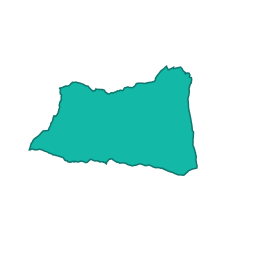 Popesti, Vâlcea, Romania, rotated 311°
{"feature_id": "2599482B78854434160228", "entity_name": "Popesti", "entity_type": "district", "adm_level": 2, "iso_a3": "ROU", "parent_name": "Romania", "parent_adm1": "Vâlcea", "projection": "orthographic", "projection_center": [24.101, 44.98], "detail": "fine", "context": "isolated", "style": "filled", "palette": "teal", "viewbox_px": 256, "rotation_deg": 311, "n_neighbors": 0, "source": "geoboundaries", "source_scale": "gbopen_adm2", "svg_char_len": 5768}
<svg xmlns="http://www.w3.org/2000/svg" viewBox="0 0 256 256"><g transform="rotate(311 128 128)"><path d="M143.0,206.2L144.5,205.2L144.9,204.8L145.3,204.1L146.4,202.5L146.7,202.4L146.9,202.1L147.2,201.9L147.6,201.2L148.6,200.0L150.8,198.6L151.7,197.7L151.9,197.5L152.3,196.4L153.1,195.6L153.5,195.4L153.6,195.1L153.6,194.7L154.7,193.4L156.7,190.2L157.3,188.7L157.6,188.2L158.3,187.7L159.1,187.0L160.3,186.2L162.0,184.4L163.5,183.6L165.8,181.7L166.9,181.0L167.9,180.1L168.1,179.6L168.2,178.6L168.4,178.0L170.2,176.3L172.7,173.5L173.8,172.0L176.3,169.1L179.5,164.9L181.2,162.5L181.4,162.5L182.1,161.4L183.2,160.2L186.6,157.0L188.8,154.6L189.3,154.2L189.8,153.6L190.4,153.5L193.0,152.2L196.0,150.1L197.4,148.5L197.9,148.1L199.0,147.8L199.9,146.9L200.2,146.7L200.9,146.8L201.6,146.3L202.4,146.1L202.9,146.2L203.1,145.9L203.3,145.9L203.7,146.1L203.8,146.0L203.8,145.8L203.9,145.6L204.8,145.3L205.1,144.9L205.6,144.8L206.3,144.3L207.1,143.4L207.6,142.8L206.7,141.4L206.7,140.8L208.6,140.0L209.3,138.4L209.3,137.8L208.6,137.3L208.7,137.1L208.5,136.8L207.3,136.0L206.6,136.0L206.7,135.2L206.8,135.0L207.5,135.3L207.3,133.4L207.4,131.6L208.2,130.1L208.4,127.7L206.6,126.4L202.8,123.5L203.1,122.6L203.3,122.6L203.5,122.5L201.0,121.6L199.4,120.7L199.0,120.6L198.5,120.3L198.3,120.3L198.3,120.1L198.9,118.6L199.1,117.9L199.6,117.0L199.9,116.6L198.2,116.2L196.6,116.2L194.7,115.8L194.0,115.6L192.6,115.4L191.8,115.6L191.1,115.4L189.1,115.7L188.4,115.6L186.8,115.6L184.9,116.0L183.7,116.1L182.4,117.0L181.7,117.3L181.2,117.3L180.2,117.1L178.9,116.3L177.3,115.2L176.9,114.6L174.7,112.9L174.3,112.6L174.0,112.7L173.2,112.0L172.7,111.5L171.9,110.3L170.8,109.1L170.2,108.1L169.6,107.7L168.9,106.7L167.4,105.4L166.9,105.2L166.5,105.2L165.3,105.6L164.1,105.6L163.1,105.3L162.2,105.3L161.7,105.1L161.3,104.8L159.7,102.7L159.4,102.3L158.9,101.0L158.4,100.6L157.1,99.9L156.1,99.1L154.5,99.3L153.9,99.5L153.0,99.4L152.7,99.5L152.1,98.7L152.0,98.1L151.5,97.3L150.2,96.9L149.8,96.7L149.3,95.9L148.9,95.6L147.3,95.2L146.3,94.4L144.7,93.9L144.5,93.7L144.4,93.2L144.2,92.9L143.2,92.0L142.0,91.8L141.5,91.5L140.9,90.8L140.4,90.4L140.6,89.7L140.5,88.5L140.1,87.4L140.9,85.9L140.9,85.0L140.2,83.9L140.4,83.7L136.2,78.4L136.3,78.2L134.2,78.5L133.8,77.8L132.9,77.7L132.9,76.6L132.6,75.9L132.9,74.9L132.8,74.2L132.9,73.0L132.9,72.1L133.3,71.0L133.3,70.3L132.8,69.7L132.5,68.9L131.8,67.6L131.8,67.1L131.8,66.3L131.6,65.3L130.9,64.2L130.8,63.8L130.7,63.2L130.5,62.5L129.6,61.0L128.4,58.6L127.9,58.1L126.6,57.0L126.0,56.0L125.0,56.1L124.0,55.8L121.8,55.9L121.2,55.7L119.6,54.6L119.2,53.9L118.8,53.3L117.1,52.8L116.9,52.4L116.1,52.2L115.0,51.7L113.4,50.4L112.9,49.8L113.1,50.8L112.9,51.4L112.0,52.4L110.3,53.3L109.9,54.3L109.2,54.8L109.5,55.5L109.4,55.8L109.3,56.0L108.6,56.7L107.9,56.9L107.1,57.8L105.6,58.8L105.2,59.3L105.2,59.5L104.7,59.7L104.4,59.4L104.1,59.3L103.5,59.5L103.2,59.7L102.3,59.8L101.6,60.4L101.2,60.7L100.0,61.1L99.9,61.3L99.9,61.7L99.0,62.6L97.9,63.2L96.1,64.0L95.3,64.5L94.7,64.7L93.3,65.5L92.8,65.4L92.2,65.7L91.5,65.7L90.8,65.8L89.9,65.8L89.9,65.6L89.0,65.6L88.9,65.3L88.8,64.4L88.5,64.1L85.5,65.4L85.5,65.8L85.3,65.9L81.8,66.9L81.3,66.7L81.0,66.7L79.6,67.7L79.0,68.0L78.0,68.1L77.0,68.4L76.4,68.4L75.7,68.8L75.2,68.9L75.2,69.1L73.9,69.5L71.2,67.0L70.2,65.9L68.9,65.9L68.2,65.7L64.8,65.8L64.0,65.6L62.4,65.5L62.1,65.3L61.4,65.1L60.4,65.0L60.0,64.7L57.2,64.4L56.2,64.5L55.4,64.9L55.1,65.1L54.2,65.0L52.8,65.1L48.9,67.0L47.5,67.5L46.7,67.8L47.2,68.5L48.3,68.8L49.3,69.5L49.8,70.3L50.0,71.5L50.4,71.9L51.4,73.2L52.5,74.2L53.5,74.7L54.3,75.6L54.7,76.8L55.1,77.6L55.5,78.6L55.7,79.9L56.9,82.5L57.2,83.9L57.2,84.8L57.9,86.1L58.4,87.3L58.5,89.1L59.5,90.2L59.9,91.4L61.5,94.5L61.6,95.2L62.2,96.2L62.6,97.4L63.1,98.3L63.1,99.0L62.5,100.6L62.3,101.6L62.6,102.6L63.1,103.2L63.2,103.5L63.4,103.6L63.2,103.9L63.0,104.8L63.1,105.1L63.4,105.3L63.6,105.7L64.0,106.3L64.1,106.7L64.4,107.0L64.8,107.2L65.2,107.6L65.8,107.7L66.1,108.0L66.3,108.2L67.2,108.7L67.3,109.0L67.0,109.2L67.3,109.5L67.2,109.7L67.3,109.9L67.6,110.1L67.7,109.9L67.9,109.9L68.6,110.6L69.0,111.5L69.2,112.1L69.6,112.6L70.1,113.0L71.9,114.0L73.2,115.9L73.6,116.8L73.9,118.3L74.6,119.2L75.2,119.7L76.4,119.8L77.8,119.9L78.1,120.1L79.3,119.9L79.6,120.4L80.1,120.7L80.3,121.1L80.5,122.2L81.3,124.3L81.7,124.7L81.7,124.9L82.3,125.5L83.3,126.6L83.5,126.9L83.6,127.2L83.5,127.5L83.6,128.0L83.8,128.1L83.7,128.4L84.3,129.4L84.4,129.6L84.9,129.9L85.6,130.7L86.0,131.4L86.2,131.6L86.3,131.8L86.1,132.1L86.7,133.2L87.0,133.5L86.9,134.1L86.7,134.2L86.7,135.1L87.3,134.9L88.4,134.3L89.6,134.4L90.2,134.3L92.0,134.3L92.3,134.4L92.6,134.7L93.0,135.3L93.4,135.2L93.7,135.4L94.3,136.5L94.3,136.8L94.1,137.7L94.4,138.4L94.3,139.2L94.7,140.5L94.7,141.4L94.9,142.2L95.5,142.6L95.7,143.0L95.9,143.5L95.9,144.3L96.1,144.9L98.0,146.6L99.3,148.4L99.7,149.0L100.0,150.0L100.1,151.4L100.5,152.4L102.4,156.3L104.0,157.3L105.3,158.5L108.8,160.4L109.7,162.3L110.5,164.5L110.6,165.2L111.1,165.7L111.8,166.8L113.5,167.7L113.8,168.0L114.1,168.4L114.2,169.5L114.6,170.2L114.9,170.9L114.9,171.9L115.3,172.8L115.5,173.6L115.8,174.3L116.7,175.5L117.7,176.5L118.2,177.0L118.5,177.6L118.9,178.7L119.3,179.5L120.3,180.3L120.3,180.6L120.3,180.9L120.6,181.4L120.3,181.7L120.7,182.1L120.7,182.8L120.9,183.1L121.0,183.4L121.1,183.6L121.0,183.8L121.2,184.0L121.2,184.3L121.7,185.9L121.7,186.4L122.3,187.6L122.5,188.3L123.6,190.6L124.0,191.2L124.1,192.4L124.2,193.0L124.9,194.4L125.1,195.5L125.6,196.6L126.8,198.0L127.5,199.1L128.1,199.6L128.5,200.6L129.2,201.1L129.3,201.2L130.1,201.2L131.0,201.5L131.3,201.5L131.4,201.4L132.2,201.4L132.8,201.7L133.5,201.6L134.0,201.9L134.7,201.7L135.4,201.7L136.0,202.0L136.5,202.3L138.0,202.8L138.6,203.3L139.7,203.7L140.1,204.0L140.8,204.8L141.9,205.4L142.5,205.9L143.0,206.2Z" fill="#14b8a6" stroke="#0f766e" stroke-width="1.5"/></g></svg>